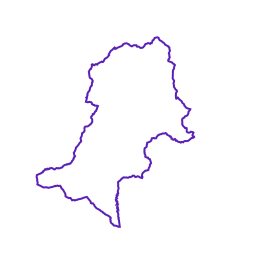 outline of Dagua, Valle del Cauca, Colombia, rotated 204°
{"feature_id": "7082276B1809548619611", "entity_name": "Dagua", "entity_type": "district", "adm_level": 2, "iso_a3": "COL", "parent_name": "Colombia", "parent_adm1": "Valle del Cauca", "projection": "mercator", "projection_center": [-76.728, 3.651], "detail": "fine", "context": "isolated", "style": "outline", "palette": "violet", "viewbox_px": 256, "rotation_deg": 204, "n_neighbors": 0, "source": "geoboundaries", "source_scale": "gbopen_adm2", "svg_char_len": 5826}
<svg xmlns="http://www.w3.org/2000/svg" viewBox="0 0 256 256"><g transform="rotate(204 128 128)"><path d="M95.3,34.4L99.2,40.7L99.7,41.0L99.9,41.5L99.8,42.1L101.0,43.1L101.9,45.6L102.9,46.5L103.1,47.1L104.0,47.3L103.9,48.8L104.4,49.1L104.6,50.0L105.2,50.3L104.9,50.8L104.5,50.6L104.9,51.2L105.9,51.5L105.8,52.6L106.5,53.6L106.3,54.2L106.7,54.2L107.3,53.7L107.2,55.4L107.7,55.9L107.9,56.6L108.5,56.8L108.7,56.3L109.5,56.9L109.6,58.1L109.8,58.1L109.6,58.6L110.1,59.1L109.8,59.4L110.5,59.7L110.2,60.7L110.3,60.7L110.9,61.6L110.5,61.8L110.7,62.4L110.2,62.8L111.0,63.6L110.9,64.0L110.5,64.2L110.4,64.5L111.5,65.8L112.1,69.3L113.4,70.7L113.7,71.9L115.1,74.6L114.5,75.8L114.1,76.2L113.0,79.5L112.5,79.9L112.4,80.5L112.0,81.1L110.8,81.4L109.2,82.3L108.3,82.3L107.5,82.7L106.6,84.0L105.6,84.2L105.2,84.9L104.8,85.1L104.2,86.5L102.8,86.9L101.9,86.3L101.0,86.3L99.4,87.9L98.1,88.0L97.2,87.7L94.8,88.0L94.8,89.1L95.6,89.5L96.0,90.5L96.3,92.3L96.2,93.0L94.7,96.2L93.9,96.6L92.3,97.8L92.7,99.6L92.5,101.9L93.1,103.4L92.6,105.3L95.3,108.4L96.8,108.3L97.2,108.5L97.7,109.1L99.1,108.6L100.6,108.8L100.7,109.6L101.6,110.8L102.4,111.2L102.5,112.0L103.4,112.8L103.5,113.8L104.2,114.8L104.5,116.4L103.6,117.7L103.3,118.7L104.0,120.0L103.9,120.9L104.5,122.3L102.6,124.2L101.6,125.8L101.9,127.1L101.7,127.8L102.0,128.3L100.3,129.4L99.2,129.4L98.1,130.1L98.2,131.5L97.4,134.1L96.8,134.4L96.2,135.2L95.2,135.9L94.0,137.2L92.0,138.0L91.6,138.7L90.4,138.5L89.4,137.7L85.8,137.6L85.8,137.2L84.7,137.1L84.1,136.6L84.0,136.0L83.4,136.0L82.7,135.6L81.8,135.7L81.7,136.1L81.1,136.4L80.7,137.1L80.3,137.0L80.0,136.4L79.5,136.4L79.1,135.9L78.6,136.3L78.3,136.0L77.7,136.1L76.8,135.8L75.5,136.0L75.2,136.3L73.8,136.1L73.4,137.1L71.8,137.4L71.8,137.9L70.8,139.2L68.9,140.0L67.7,140.9L65.7,144.9L64.6,145.4L63.9,146.7L64.3,147.1L65.4,147.0L66.0,147.3L66.3,148.0L66.3,150.4L67.1,150.6L68.5,150.3L69.1,150.1L69.5,149.3L70.3,148.5L72.1,148.2L72.9,148.7L74.3,151.7L74.9,151.7L75.5,151.3L76.1,151.2L76.9,151.8L78.0,152.0L80.0,153.4L80.4,154.7L81.9,157.5L81.9,158.1L82.1,158.3L81.5,159.7L80.7,160.5L80.8,161.6L79.2,163.2L78.8,164.4L78.8,166.0L79.3,167.2L78.9,169.4L78.7,169.8L78.7,170.5L82.2,170.1L83.7,170.3L84.1,170.8L85.7,171.4L86.1,172.2L86.9,172.7L88.5,173.0L89.7,174.2L92.7,175.0L94.9,176.1L95.6,174.6L95.8,174.4L96.1,174.6L97.4,176.8L97.7,178.0L98.1,178.4L98.4,180.0L98.1,181.0L98.5,182.0L99.1,182.3L100.0,182.4L102.9,184.4L103.3,185.6L104.7,187.4L104.7,188.8L105.1,189.9L107.3,191.4L110.4,199.0L110.1,200.7L110.8,203.2L110.7,204.6L111.5,205.0L113.3,205.2L114.5,205.8L118.3,205.5L118.9,206.4L118.9,207.2L118.5,207.7L118.7,208.6L118.6,209.6L119.5,210.4L120.1,211.9L121.0,212.6L121.2,215.9L122.2,216.8L122.9,218.3L123.8,218.4L124.2,219.0L128.0,219.2L129.2,220.1L130.1,220.4L131.2,220.4L132.7,221.0L134.8,221.1L136.1,222.0L136.7,222.8L138.1,222.8L140.3,221.1L140.4,218.9L141.2,218.0L140.9,216.9L140.9,215.2L141.6,215.1L142.0,213.8L143.0,214.0L144.2,213.8L145.3,212.4L146.2,211.9L146.4,210.7L146.4,209.5L146.8,208.8L146.9,208.0L147.4,207.2L149.2,206.2L151.3,206.7L153.0,206.0L153.9,207.0L156.5,205.9L157.7,204.1L160.3,204.3L161.1,204.8L163.8,204.8L165.7,203.6L166.3,202.8L166.3,202.2L166.6,202.0L166.7,201.1L167.2,200.2L170.4,196.9L171.4,195.3L171.8,195.1L172.3,195.9L173.0,196.1L174.2,193.0L175.2,191.1L175.5,187.6L175.4,187.1L174.9,186.9L175.7,184.0L177.3,181.8L177.5,178.5L178.0,177.9L179.0,178.0L179.6,177.1L180.4,176.4L181.7,174.4L182.0,173.3L182.8,173.5L183.4,173.3L184.3,171.6L185.0,171.5L186.1,171.9L186.9,171.2L186.1,169.8L185.9,167.8L185.9,166.9L186.5,166.3L186.7,163.4L185.9,162.4L184.4,159.8L183.2,158.3L181.3,158.1L179.4,156.8L179.3,155.9L179.1,155.5L179.4,155.2L179.4,154.8L178.3,152.0L178.9,150.9L178.9,148.8L178.6,147.9L178.4,146.2L178.9,145.0L179.0,142.5L178.3,141.6L178.4,140.6L178.0,139.8L178.5,138.9L177.7,138.5L177.1,134.8L175.1,135.2L173.8,136.3L173.2,136.2L172.1,136.6L171.3,136.2L170.6,135.2L169.6,135.2L169.0,134.9L168.3,135.3L167.2,135.0L165.6,135.7L164.4,135.8L164.4,133.8L164.1,132.6L164.3,131.6L164.1,130.5L164.7,129.9L164.7,128.6L164.9,128.1L164.8,127.2L165.0,126.7L165.8,126.4L165.6,126.0L165.6,125.3L166.2,123.5L165.8,122.2L165.1,122.0L164.2,121.3L163.1,119.0L163.7,116.1L164.3,115.5L164.6,114.4L165.5,113.1L167.6,111.9L167.9,111.0L167.8,110.2L166.8,108.4L166.5,107.0L167.1,105.5L167.8,104.7L167.0,101.8L167.2,99.3L165.4,97.0L165.7,95.6L166.1,94.7L166.6,91.5L167.6,88.9L167.3,88.2L167.1,85.5L167.4,83.2L165.9,81.3L164.9,80.8L165.2,79.9L165.1,79.2L165.4,79.0L165.2,78.7L165.4,77.9L165.1,77.5L165.1,76.8L165.7,75.1L165.6,74.0L166.2,72.4L166.2,72.0L166.9,71.7L167.3,70.9L167.9,70.8L168.5,70.1L169.0,70.1L169.2,69.6L170.4,68.8L171.5,67.4L172.2,65.0L172.7,64.8L174.0,63.4L174.9,62.9L175.4,63.0L176.0,62.5L176.9,62.4L177.6,61.5L177.9,60.6L178.6,60.2L179.3,60.2L180.0,60.5L182.0,60.3L182.4,59.6L183.1,59.3L183.3,58.5L183.9,58.0L184.5,58.3L184.9,58.2L185.4,57.6L185.4,57.2L185.7,57.3L186.1,56.8L186.5,56.8L186.7,56.2L187.1,56.2L187.1,55.2L188.1,53.7L187.8,52.8L188.8,51.9L189.0,51.3L192.1,48.0L192.0,47.6L191.5,45.9L190.7,45.1L189.7,43.6L189.6,42.9L188.4,41.6L187.9,39.6L187.2,39.5L185.3,39.6L181.1,39.3L178.1,40.8L176.5,40.9L172.0,44.3L171.7,44.9L171.1,45.5L170.5,45.4L169.1,46.7L168.0,46.7L166.6,47.6L165.6,47.2L165.1,46.5L164.5,46.3L163.9,45.6L162.5,45.3L158.7,42.6L157.8,41.3L157.5,40.4L157.1,40.2L155.5,39.9L153.3,40.0L152.1,40.7L149.6,39.2L148.3,40.2L147.0,40.2L145.9,41.4L144.9,41.9L144.5,42.6L141.9,44.4L139.9,46.5L137.5,48.3L132.1,45.5L131.4,44.3L130.6,44.3L129.6,44.9L127.3,43.8L126.9,43.2L126.0,42.7L124.2,41.9L120.3,41.6L118.7,41.0L117.2,41.1L115.9,40.3L114.6,40.4L114.1,39.9L110.8,39.8L110.5,39.9L108.1,39.4L107.2,38.9L107.1,38.5L107.3,38.2L106.9,37.4L106.9,37.0L106.1,36.3L106.0,35.6L105.5,35.0L104.4,34.3L102.3,33.8L101.7,33.3L101.2,33.2L98.8,33.9L96.3,33.9L95.3,34.4Z" fill="none" stroke="#5b21b6" stroke-width="2"/></g></svg>